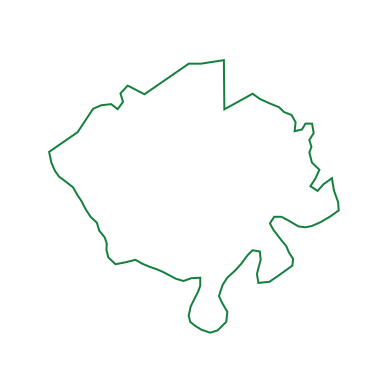 the district of Cristal do Sul, Rio Grande do Sul, Brazil, rotated 100°
{"feature_id": "56859067B17915120062012", "entity_name": "Cristal do Sul", "entity_type": "district", "adm_level": 2, "iso_a3": "BRA", "parent_name": "Brazil", "parent_adm1": "Rio Grande do Sul", "projection": "albers", "projection_center": [-53.236, -27.433], "detail": "fine", "context": "isolated", "style": "outline", "palette": "green", "viewbox_px": 384, "rotation_deg": 100, "n_neighbors": 0, "source": "geoboundaries", "source_scale": "gbopen_adm2", "svg_char_len": 1456}
<svg xmlns="http://www.w3.org/2000/svg" viewBox="0 0 384 384"><g transform="rotate(100 192 192)"><path d="M154.1,56.6L161.5,63.8L169.1,68.5L165.7,76.4L157.6,72.9L148.0,70.4L142.2,79.0L132.6,83.3L126.8,82.2L120.4,85.5L112.9,82.4L103.9,85.6L104.9,92.1L111.4,94.6L114.3,101.5L105.3,102.1L98.9,107.3L97.3,115.2L93.4,121.0L91.2,131.1L88.6,141.2L84.7,149.4L105.0,174.5L56.6,183.5L64.0,205.2L66.2,217.5L104.0,255.8L98.4,273.8L107.3,279.6L115.3,275.6L123.3,279.6L119.5,286.9L122.4,296.6L127.3,303.9L152.9,315.0L177.3,339.7L187.5,335.6L194.9,330.7L200.0,325.6L203.2,319.1L208.0,310.0L214.7,304.5L219.9,299.5L227.6,293.6L234.0,287.6L238.7,280.4L246.1,276.7L252.0,270.0L257.5,267.0L263.9,266.2L270.9,263.1L276.4,254.8L272.9,245.6L268.6,235.9L271.2,228.7L273.1,220.4L274.1,213.8L275.6,207.3L278.0,199.7L280.3,192.5L281.1,184.9L277.0,177.7L275.0,169.0L283.0,167.6L289.3,168.7L295.9,170.8L304.9,173.4L314.3,173.8L320.3,171.1L323.3,165.5L326.0,158.9L327.4,149.6L323.8,142.7L313.9,135.7L303.9,136.4L295.7,143.3L289.9,147.3L283.8,146.6L277.9,145.6L269.9,142.2L262.3,136.2L254.3,131.1L244.6,126.3L238.9,122.3L238.8,114.9L246.8,112.6L254.3,113.3L261.6,113.8L270.0,110.8L267.0,100.2L259.8,92.8L252.4,85.6L247.1,80.4L240.4,80.8L234.6,86.1L228.9,89.8L224.6,94.9L215.1,105.3L209.4,109.8L202.2,106.8L200.9,99.7L203.5,91.6L207.4,81.2L207.1,74.3L204.7,68.1L199.1,59.8L192.0,51.5L184.6,44.3L176.5,46.4L165.6,52.6L154.1,56.6Z" fill="none" stroke="#15803d" stroke-width="2"/></g></svg>